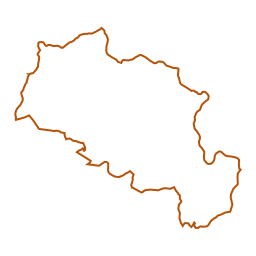 outline of Conop, Arad, Romania
{"feature_id": "2599482B88852521299696", "entity_name": "Conop", "entity_type": "district", "adm_level": 2, "iso_a3": "ROU", "parent_name": "Romania", "parent_adm1": "Arad", "projection": "mercator", "projection_center": [21.825, 46.117], "detail": "fine", "context": "isolated", "style": "outline", "palette": "amber", "viewbox_px": 256, "rotation_deg": 0, "n_neighbors": 0, "source": "geoboundaries", "source_scale": "gbopen_adm2", "svg_char_len": 4980}
<svg xmlns="http://www.w3.org/2000/svg" viewBox="0 0 256 256"><path d="M214.5,218.2L216.7,216.9L217.0,216.4L217.8,215.6L220.0,214.9L221.8,214.3L224.7,212.7L230.2,211.7L231.3,208.2L232.0,205.9L232.4,204.7L230.7,197.4L231.0,194.3L233.3,188.9L237.6,184.5L237.8,183.1L237.5,177.2L237.8,173.4L240.6,169.6L239.5,169.0L239.2,167.6L238.9,165.4L238.9,163.9L239.0,161.9L239.0,159.9L238.0,158.6L237.0,157.9L235.1,157.3L232.1,156.6L227.9,156.2L225.6,155.7L223.5,153.9L220.8,151.6L219.2,151.5L217.7,152.4L216.0,153.6L215.2,155.0L214.7,156.1L214.6,158.2L214.1,160.2L212.4,162.8L210.5,163.9L208.3,163.9L206.9,163.3L205.9,161.9L204.5,160.6L204.0,158.5L203.9,156.6L204.3,153.1L204.1,151.4L203.2,150.1L201.9,148.1L200.7,146.9L199.7,145.7L199.3,144.2L198.9,142.0L199.9,138.4L200.0,137.1L199.3,135.0L196.6,130.9L194.9,129.1L194.4,127.6L193.7,123.6L194.3,122.0L195.1,119.8L194.6,117.0L196.6,112.3L200.0,109.7L200.7,107.9L201.8,104.8L204.4,102.2L208.2,99.4L208.7,96.1L207.9,94.6L207.5,94.2L206.1,92.6L204.8,91.8L203.5,91.9L202.4,92.0L201.6,93.5L200.6,94.1L199.3,94.1L198.2,93.9L197.0,92.7L196.9,92.2L195.4,91.9L194.9,91.2L194.5,91.0L193.6,90.6L192.5,90.6L191.5,90.9L187.4,88.1L183.3,85.6L181.0,84.3L180.2,83.0L179.6,80.7L178.9,77.7L177.9,75.6L178.1,73.5L178.3,71.5L178.4,69.8L178.5,68.7L175.9,68.0L173.1,67.9L171.2,67.2L169.3,66.5L168.2,66.1L166.4,65.6L163.8,62.6L162.5,61.9L159.6,61.5L158.0,61.8L155.9,63.2L154.0,63.1L150.1,60.7L145.5,57.2L141.1,55.0L140.2,54.9L137.2,56.4L134.7,57.8L132.9,59.3L130.8,59.7L128.8,60.4L125.1,60.2L123.3,59.9L122.3,60.8L121.3,62.9L118.0,61.9L116.5,59.8L111.7,57.1L107.6,54.3L106.8,53.1L106.3,51.2L106.5,46.1L107.7,41.7L107.9,39.3L106.6,35.4L104.7,33.2L104.4,30.6L103.6,29.8L101.4,28.0L101.1,28.3L100.1,29.3L95.6,31.8L91.9,33.6L88.8,33.4L86.8,33.9L84.7,33.8L83.8,34.0L82.2,34.3L81.6,34.7L80.5,34.9L79.5,35.4L78.0,37.5L75.6,38.6L73.8,40.6L71.7,41.8L70.3,42.2L69.4,42.5L63.6,47.1L62.7,47.8L61.3,47.7L59.3,46.3L57.1,45.7L53.7,46.1L50.0,45.0L48.6,44.9L48.0,45.1L46.8,45.9L46.3,45.9L45.5,45.5L43.3,42.3L43.0,42.3L41.1,42.1L39.6,42.2L38.4,42.7L38.5,43.7L38.2,44.8L38.2,46.4L38.4,46.9L38.8,47.7L39.3,49.0L40.1,50.1L39.6,50.9L39.0,51.9L37.7,53.7L37.7,54.4L38.4,55.7L39.0,56.6L39.3,57.5L39.1,58.5L38.9,59.9L38.7,61.1L38.4,62.6L38.1,64.3L38.0,65.6L38.1,66.7L37.2,67.6L37.1,67.9L36.9,68.5L36.6,69.2L34.2,71.9L33.6,72.6L32.8,73.3L31.7,73.3L30.7,73.6L29.5,74.4L28.8,74.3L29.1,74.6L28.6,75.7L27.9,76.7L27.6,78.0L27.6,78.9L27.3,79.7L26.7,81.0L26.8,81.4L26.8,82.3L25.5,84.0L24.7,85.8L23.5,88.7L23.3,89.8L22.5,90.9L21.2,92.5L21.4,93.9L21.4,94.1L22.0,96.1L22.7,97.9L22.7,99.7L22.6,100.6L21.3,103.3L19.8,105.7L18.0,107.6L17.5,108.1L16.6,109.7L16.0,110.7L15.4,113.2L15.4,115.4L15.5,115.6L15.8,116.3L16.0,117.7L15.8,118.1L15.7,118.8L15.9,119.2L16.0,119.9L18.4,119.0L19.0,119.1L20.5,118.6L24.3,117.5L25.2,117.2L29.1,115.4L33.0,120.1L33.3,120.5L36.8,125.6L37.0,125.8L38.7,128.6L39.4,129.0L48.6,130.2L51.0,130.5L53.1,131.0L53.9,131.1L54.5,131.0L55.8,130.8L56.0,130.6L57.1,130.9L57.7,130.9L58.1,130.8L58.8,131.0L59.2,131.3L60.1,131.7L60.7,132.4L61.5,132.5L62.9,132.7L64.4,133.0L64.5,133.0L64.5,133.3L64.3,133.7L64.4,134.0L64.5,134.1L64.7,134.4L64.8,134.6L64.8,134.8L64.7,135.1L64.7,135.7L64.9,136.3L66.2,139.3L66.8,139.0L67.7,138.7L68.7,138.6L69.2,138.5L69.8,138.7L70.6,139.0L71.0,139.2L71.6,139.7L72.3,140.2L72.8,140.5L73.2,140.7L73.8,140.9L74.3,140.9L74.9,140.9L75.3,141.0L75.8,141.0L76.4,141.2L76.9,141.4L77.7,141.9L78.3,142.1L79.5,142.4L80.1,142.6L80.7,142.8L81.2,143.0L81.3,143.0L82.2,142.8L82.8,142.8L83.1,143.3L83.7,144.0L83.9,144.8L84.3,145.8L84.7,146.4L85.1,147.6L85.2,148.4L85.0,149.8L84.5,150.7L83.8,150.7L83.6,149.1L82.9,148.3L80.9,149.8L79.3,150.4L77.6,151.5L76.9,152.2L90.7,160.8L90.2,162.3L89.1,163.1L87.6,164.3L88.7,164.4L90.4,164.7L91.8,164.8L93.2,164.8L94.3,165.1L96.0,165.4L98.3,165.7L99.5,165.5L99.9,165.1L100.8,164.5L101.4,164.1L102.3,163.5L104.6,161.9L105.3,161.8L106.5,162.0L107.6,162.6L108.1,163.3L108.3,163.9L108.2,165.4L108.2,167.1L108.0,170.0L108.2,171.4L109.2,173.2L110.4,174.1L112.0,175.1L114.6,176.5L115.8,176.7L118.7,177.0L119.8,176.8L120.3,176.4L121.0,176.3L122.2,175.8L123.5,175.1L125.9,173.4L127.0,172.9L128.6,172.1L129.5,171.6L130.0,171.1L133.6,174.5L132.5,177.4L132.8,179.2L132.5,181.1L131.6,183.8L131.2,185.0L132.0,187.6L132.8,187.6L134.6,188.8L141.5,192.5L143.4,191.6L143.7,191.0L145.7,190.1L146.5,190.0L149.5,189.7L149.9,189.6L151.7,189.7L158.2,190.3L163.3,188.4L165.5,188.2L170.4,188.8L174.1,187.2L175.9,190.7L176.9,191.8L177.9,193.0L178.5,194.3L179.7,195.1L179.9,196.3L179.8,198.2L179.9,198.9L181.3,201.2L181.2,201.8L178.9,204.7L178.3,208.9L179.7,212.6L179.9,213.5L179.6,215.4L179.5,218.7L180.1,220.0L180.9,222.9L182.8,226.0L184.5,223.3L185.5,223.1L188.5,223.4L189.2,224.9L191.3,227.0L192.6,225.6L194.2,222.5L194.9,223.4L194.4,224.4L194.3,225.3L194.7,226.6L195.8,227.9L196.8,227.9L198.1,228.0L198.7,227.4L200.3,226.4L201.5,226.6L205.0,226.7L207.2,226.1L208.3,225.2L211.2,220.6L213.9,218.6L214.5,218.2Z" fill="none" stroke="#b45309" stroke-width="2"/></svg>